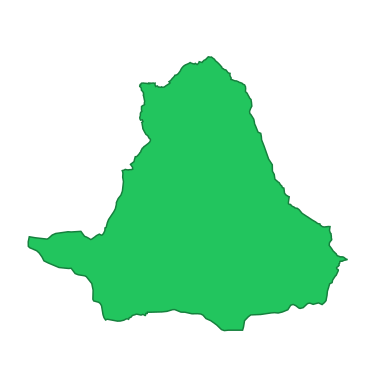 the district of Budesti, Maramures, Romania, rotated 4°
{"feature_id": "2599482B87863551730406", "entity_name": "Budesti", "entity_type": "district", "adm_level": 2, "iso_a3": "ROU", "parent_name": "Romania", "parent_adm1": "Maramures", "projection": "equal_earth", "projection_center": [23.957, 47.717], "detail": "fine", "context": "isolated", "style": "filled", "palette": "green", "viewbox_px": 384, "rotation_deg": 4, "n_neighbors": 0, "source": "geoboundaries", "source_scale": "gbopen_adm2", "svg_char_len": 5950}
<svg xmlns="http://www.w3.org/2000/svg" viewBox="0 0 384 384"><g transform="rotate(4 192 192)"><path d="M333.3,291.0L333.5,288.9L333.9,285.6L334.0,281.5L334.9,277.8L335.7,274.0L338.1,272.6L338.4,270.1L340.9,265.7L341.4,265.3L341.8,264.7L342.1,263.7L343.1,261.1L343.4,260.3L343.4,259.6L343.3,259.4L343.0,259.1L342.2,258.8L341.9,258.5L341.6,258.0L341.5,257.4L341.8,257.0L343.1,255.9L343.3,255.6L343.3,255.3L343.5,255.3L343.8,255.1L343.9,254.7L343.6,253.4L344.1,252.9L344.3,252.5L344.3,251.0L344.7,250.7L346.6,250.6L348.8,249.4L349.9,249.2L351.3,248.7L351.9,248.4L351.3,248.4L350.8,248.3L349.5,247.6L348.2,246.7L347.0,246.2L345.9,246.3L345.2,246.2L344.4,246.4L342.9,245.8L341.5,245.5L340.5,244.3L340.0,243.4L339.2,243.0L338.7,242.4L336.9,241.0L335.2,238.7L332.6,235.7L332.6,235.2L332.6,234.6L332.6,233.9L332.6,233.3L332.8,232.9L333.1,232.3L333.5,231.6L334.3,230.5L334.6,230.1L334.7,229.8L334.5,229.5L334.5,228.9L334.2,227.9L334.1,227.2L334.1,226.6L333.9,225.6L333.7,224.7L333.4,224.1L333.5,223.7L332.9,223.4L331.9,221.0L331.9,219.3L332.1,216.9L330.5,216.9L326.4,217.7L324.5,217.5L322.3,216.1L321.8,214.9L320.1,214.8L319.3,214.5L317.3,213.2L313.8,211.5L303.3,205.6L300.0,202.1L298.1,200.9L297.1,200.9L295.6,200.6L294.9,199.9L293.6,199.5L291.9,198.6L291.6,197.9L291.0,197.5L290.0,197.6L289.0,196.9L288.9,195.5L289.3,190.0L288.6,189.8L286.2,188.6L284.4,186.8L283.4,181.7L281.8,181.3L281.2,179.8L279.7,178.6L278.3,176.6L277.0,175.9L273.8,173.4L272.8,168.7L270.8,165.7L270.2,159.2L266.2,153.9L260.7,141.2L257.8,135.1L257.3,131.8L256.5,128.7L253.7,127.7L250.9,121.9L249.7,119.7L249.2,117.4L248.5,115.0L245.3,110.6L244.2,109.7L243.8,107.6L244.0,106.7L244.8,104.2L245.7,102.2L245.0,98.0L244.7,97.1L244.5,95.8L244.2,95.4L243.2,94.6L242.7,93.9L242.3,93.1L241.2,91.5L240.1,89.6L239.2,88.9L238.4,88.2L238.3,87.3L238.3,84.9L238.1,84.0L238.0,83.2L237.6,82.6L237.0,81.5L236.2,81.2L235.6,81.1L235.3,80.8L234.7,80.2L234.4,80.1L232.8,79.5L231.6,79.4L230.9,78.9L230.4,78.7L228.6,78.1L227.6,78.1L227.1,78.1L225.6,77.7L224.9,77.4L223.8,77.1L222.9,77.0L223.1,75.8L223.1,75.5L222.0,73.8L221.6,72.5L221.7,71.0L220.4,70.8L219.7,70.5L219.0,69.8L217.6,68.1L217.1,67.8L216.2,67.8L215.7,67.6L215.1,67.2L214.5,66.8L213.7,66.5L212.8,65.5L212.9,65.2L210.5,62.8L208.3,60.9L206.7,59.8L206.0,59.2L205.3,58.2L204.7,57.7L203.9,57.3L203.0,56.7L202.0,56.0L201.6,56.2L201.2,56.2L199.8,56.1L199.4,56.1L198.8,56.0L197.9,57.1L196.8,58.3L196.5,58.9L194.8,59.8L193.5,61.3L193.0,62.1L191.4,61.8L190.1,61.5L189.9,62.2L189.7,62.9L189.2,63.5L188.2,64.5L186.3,63.4L185.4,64.2L184.2,64.0L183.0,63.7L181.6,63.3L181.1,63.0L180.3,63.7L178.7,64.6L176.5,65.7L175.2,66.7L174.4,67.5L173.2,69.1L172.5,70.4L172.2,71.2L171.6,72.6L170.9,73.5L170.2,74.7L169.2,75.7L168.2,76.4L166.8,76.7L166.4,77.7L165.6,78.8L164.5,80.0L162.9,82.3L161.3,83.6L162.5,84.7L161.9,85.4L160.1,86.7L159.5,87.2L158.9,87.6L156.9,89.3L154.9,89.6L154.4,89.2L153.7,89.7L153.1,89.6L152.4,89.6L151.2,89.7L150.0,88.6L149.6,88.7L148.4,89.3L147.7,87.8L147.6,87.1L147.6,86.0L146.8,86.2L145.8,86.0L145.1,86.1L144.2,86.3L141.5,86.3L141.9,86.9L140.5,87.0L138.9,86.8L136.9,86.8L135.7,86.7L134.0,87.0L133.6,87.8L133.0,88.1L132.8,88.5L133.2,88.7L133.2,89.2L132.7,89.4L132.4,89.8L132.5,90.4L133.6,91.1L134.0,91.7L134.3,92.9L134.4,93.9L135.1,94.5L136.0,95.6L136.5,96.1L136.7,96.6L136.8,97.1L136.6,97.7L136.9,98.2L137.0,98.5L136.7,99.2L137.2,100.0L137.4,101.0L137.8,102.5L138.1,103.6L138.5,104.7L138.2,106.7L138.6,108.1L136.6,109.4L135.7,110.2L135.8,113.1L135.9,113.8L136.3,115.1L135.5,115.8L135.1,116.8L135.0,117.8L135.2,119.1L134.9,120.4L134.7,121.6L135.0,122.6L135.1,123.0L135.7,123.9L137.3,123.4L138.2,125.2L137.0,126.1L137.2,126.4L137.5,127.2L137.6,128.1L138.1,130.0L138.3,130.9L138.4,131.4L138.5,131.9L138.6,132.4L138.9,132.8L140.6,135.6L141.3,136.6L141.7,137.3L142.1,137.8L143.2,138.4L144.5,139.5L144.6,140.0L144.8,140.3L145.8,141.7L146.7,142.1L146.9,142.6L146.9,143.6L146.4,145.0L145.0,146.6L141.5,149.7L141.3,150.0L141.0,150.0L140.1,151.2L140.1,151.4L139.4,151.8L138.2,154.5L138.2,155.1L137.9,155.8L137.4,156.2L137.2,156.6L137.0,157.1L136.6,157.7L135.1,159.7L134.2,160.6L133.0,160.7L132.8,161.1L132.7,162.1L132.4,163.3L132.2,164.6L132.1,165.7L128.7,168.7L129.0,169.1L131.0,171.5L131.0,172.6L131.3,173.3L130.5,173.8L128.1,174.1L127.4,174.2L127.0,174.5L125.0,174.3L123.8,174.1L123.0,174.8L120.9,175.5L121.6,177.3L121.8,178.5L121.8,182.0L122.9,186.4L122.5,196.0L121.3,200.1L118.8,203.7L117.3,207.8L117.4,209.7L116.7,214.1L115.4,217.1L110.7,225.3L109.7,228.5L108.8,233.4L107.7,233.9L107.8,236.4L107.4,237.6L106.8,239.1L105.7,240.9L104.6,241.4L102.5,240.5L99.7,242.2L98.1,243.7L95.0,246.2L94.3,246.5L92.1,245.3L89.9,244.3L87.9,243.7L83.9,239.0L74.3,240.3L71.1,240.3L58.9,242.9L55.5,244.7L51.9,248.4L50.7,249.1L39.2,248.6L32.8,248.0L32.1,253.1L32.5,257.6L34.0,258.9L41.1,261.4L43.8,263.5L46.9,267.3L49.1,271.0L53.5,272.8L64.6,276.6L74.3,276.9L76.8,276.5L81.1,281.5L84.3,282.5L90.8,283.1L92.5,283.8L98.4,290.3L100.2,296.8L100.6,305.9L101.5,307.5L106.5,308.5L108.1,309.5L109.7,311.8L111.8,320.6L113.0,323.5L114.7,325.7L116.3,324.8L126.6,326.0L129.5,325.7L133.0,324.6L135.2,323.2L136.3,323.1L137.2,323.1L137.5,323.4L137.9,323.0L138.1,322.0L138.3,321.6L139.2,321.5L140.0,321.0L140.9,319.6L141.6,319.1L143.7,318.4L144.5,317.9L145.4,317.7L146.8,317.9L148.8,318.2L149.7,318.3L150.4,318.1L151.1,317.6L151.4,317.6L152.2,317.7L152.9,318.0L153.4,318.4L154.1,318.4L154.4,317.4L154.4,316.4L155.8,316.3L155.9,315.0L157.9,314.9L170.3,313.7L175.4,312.8L180.9,310.7L183.0,310.5L189.4,312.6L193.3,312.4L200.5,313.5L205.9,313.0L209.3,313.1L211.6,314.1L214.8,317.3L219.8,319.1L225.9,322.9L231.0,327.2L233.9,328.0L238.0,327.3L252.1,326.3L252.8,323.1L253.4,316.7L256.9,312.5L259.2,310.5L269.0,309.4L279.4,307.1L282.7,306.6L286.4,306.7L290.5,305.4L295.8,302.8L298.3,298.1L300.7,297.1L303.4,298.1L306.7,300.3L307.9,300.6L311.0,299.6L315.1,295.2L317.3,294.6L320.7,295.6L325.9,293.8L329.6,295.2L331.8,293.1L333.3,291.0Z" fill="#22c55e" stroke="#15803d" stroke-width="1.5"/></g></svg>